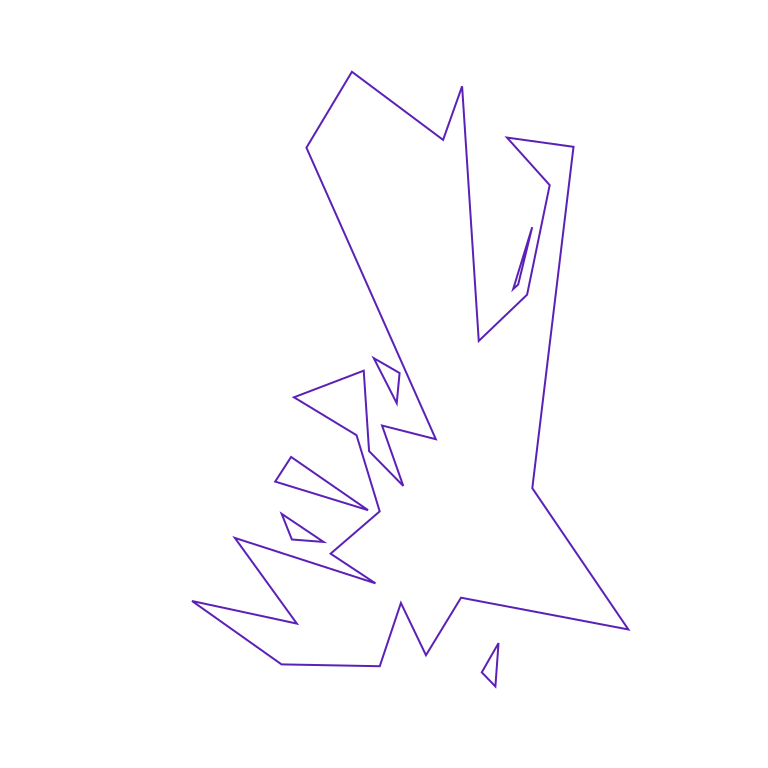 an SVG outline of Archipel des Kerguelen, rotated 263°
{"feature_id": "ATF-5916", "entity_name": "Archipel des Kerguelen", "entity_type": "state/province", "adm_level": 1, "iso_a3": "ATF", "parent_name": "French Southern and Antarctic Lands", "parent_adm1": "", "projection": "equal_earth", "projection_center": [69.4, -49.144], "detail": "coarse", "context": "isolated", "style": "outline", "palette": "violet", "viewbox_px": 768, "rotation_deg": 263, "n_neighbors": 0, "source": "natural_earth", "source_scale": "10m", "svg_char_len": 768}
<svg xmlns="http://www.w3.org/2000/svg" viewBox="0 0 768 768"><g transform="rotate(263 384 384)"><path d="M697.8,390.2L619.1,472.4L670.0,497.8L415.2,483.3L455.2,536.9L561.2,572.7L613.6,536.1L596.3,601.0L262.5,518.5L110.6,596.6L162.5,434.4L109.7,392.6L164.6,374.1L104.4,345.4L118.2,248.1L192.0,167.0L156.8,268.3L249.4,217.2L187.2,351.2L222.1,310.3L258.1,364.2L336.5,350.5L381.8,293.0L399.7,365.5L319.2,361.0L280.5,390.7L343.0,377.0L322.9,428.7L628.0,335.8L697.8,390.2ZM260.7,352.8L300.4,264.1L322.9,282.9L260.7,352.8ZM240.9,273.6L267.6,266.6L234.6,304.8L240.9,273.6ZM85.9,445.9L112.9,466.1L70.2,457.7L85.9,445.9ZM521.6,550.2L466.4,529.3L462.5,523.8L521.6,550.2ZM393.0,400.8L363.4,394.3L410.9,377.0L393.0,400.8Z" fill="none" stroke="#5b21b6" stroke-width="2"/></g></svg>